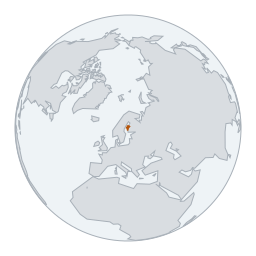 the Earth from above Ostrobothnia, rotated 350°
{"feature_id": "FIN-3182", "entity_name": "Ostrobothnia", "entity_type": "Province", "adm_level": 1, "iso_a3": "FIN", "parent_name": "Finland", "parent_adm1": "", "projection": "orthographic", "projection_center": [22.043, 62.87], "detail": "fine", "context": "on_globe", "style": "filled", "palette": "amber", "viewbox_px": 256, "rotation_deg": 350, "n_neighbors": 0, "source": "natural_earth", "source_scale": "10m", "svg_char_len": 11772}
<svg xmlns="http://www.w3.org/2000/svg" viewBox="0 0 256 256"><g transform="rotate(350 128 128)"><circle cx="128" cy="128" r="113" fill="#eef3f6" stroke="#a8b0b8"/><path d="M17.3,107.4L18.3,103.0L19.0,100.1L19.1,99.3L22.3,89.1L24.7,83.6L41.0,56.5L44.0,53.1L46.2,51.1L62.5,38.8L50.4,46.7L54.7,43.0L60.1,39.1L59.5,39.9L66.5,36.2L71.8,33.2L80.5,31.1L86.8,33.8L83.6,34.7L85.5,35.4L89.6,34.4L91.9,33.6L103.9,36.0L117.7,35.2L121.7,32.8L121.1,35.2L128.5,29.4L135.8,28.3L127.8,30.9L127.1,32.3L132.1,32.1L132.5,33.5L135.1,34.3L135.1,36.1L130.4,37.7L130.4,38.9L133.9,38.7L136.2,40.5L131.0,40.5L134.4,43.7L127.1,47.3L113.2,46.5L109.3,50.5L95.3,55.3L96.7,56.6L92.3,59.5L92.3,62.0L89.7,62.3L91.9,64.2L94.3,63.4L96.1,64.0L96.3,65.5L93.0,66.1L92.4,65.4L91.6,66.4L89.8,66.1L90.8,67.1L86.8,67.7L91.1,69.4L88.1,71.8L85.4,71.6L85.3,68.7L78.9,61.5L76.1,60.7L72.2,62.4L65.6,71.7L62.7,72.2L59.0,75.0L60.7,76.0L64.3,74.2L66.6,76.9L70.6,74.5L72.2,75.4L76.5,74.3L76.2,77.7L73.5,81.7L69.9,82.8L68.7,84.6L72.3,86.3L65.9,91.2L62.2,99.5L60.5,100.5L56.7,97.4L56.0,90.3L51.0,86.8L54.5,92.4L50.2,95.1L49.7,97.0L50.1,98.9L51.8,99.3L50.4,101.0L46.4,95.9L47.7,94.3L48.9,95.8L48.6,92.6L45.8,89.5L43.9,91.2L41.8,85.1L40.4,86.4L39.2,85.8L41.6,84.2L37.2,87.1L34.5,81.4L28.5,86.6L34.1,78.8L35.8,74.7L37.5,70.2L36.4,71.0L40.0,64.5L40.9,60.7L37.8,62.2L33.8,67.0L30.2,73.6L30.7,74.0L29.0,78.6L26.8,79.4L23.3,88.7L21.7,91.2L20.2,95.6L19.2,99.5L18.0,105.0L18.3,106.2L18.2,110.5L17.0,113.4L18.0,113.8L17.3,118.2L17.9,128.9L17.6,128.7L18.0,141.4L20.4,152.9L20.9,157.4L20.4,157.5L21.7,161.4L21.8,162.4L28.6,177.5L33.7,186.8L34.5,189.7L32.3,187.4L32.5,187.7L28.3,180.4L24.7,172.9L21.6,165.1L19.2,157.1L17.3,149.0L16.1,140.7L15.4,132.4L15.4,124.0L16.0,115.7L17.3,107.4ZM26.9,87.6L23.0,100.0L23.6,94.5L23.8,95.2L25.1,91.7L27.1,86.1L28.1,81.6L26.9,87.6ZM28.8,89.7L29.3,87.7L29.0,89.4L28.8,89.7ZM92.8,33.1L89.7,34.3L85.8,34.8L88.4,33.6L92.8,33.1ZM100.2,32.8L98.8,33.7L96.9,32.5L98.3,32.4L100.2,32.8ZM124.5,30.9L121.9,31.2L124.3,30.4L124.5,30.9ZM135.5,34.2L136.1,33.7L137.2,34.3L135.5,34.2ZM76.4,72.5L76.4,73.4L75.6,73.1L76.4,72.5ZM78.2,71.3L77.2,70.4L77.9,69.7L78.5,70.2L78.2,71.3ZM138.3,37.6L139.8,38.9L137.4,37.9L138.3,37.6ZM79.3,72.6L79.3,68.5L80.6,67.3L84.0,68.5L79.3,72.6ZM140.2,39.8L144.1,43.1L145.9,42.2L143.2,46.7L140.8,42.4L137.5,41.2L139.8,41.0L140.2,39.8ZM95.0,62.5L92.4,63.4L94.3,61.3L95.0,62.5ZM95.7,61.1L99.0,54.1L102.9,53.7L101.0,56.0L105.8,54.5L106.0,57.7L103.5,59.2L100.9,58.9L103.0,60.4L95.7,61.1ZM141.1,48.8L141.3,49.9L140.1,49.0L141.1,48.8ZM96.9,64.1L97.3,62.7L100.6,62.2L100.6,64.9L99.5,64.2L96.9,64.1ZM106.9,52.6L109.4,52.7L110.3,55.4L111.4,55.8L106.4,57.7L106.9,52.6ZM98.8,65.1L100.5,66.3L99.1,68.0L96.8,65.4L98.8,65.1ZM101.5,60.9L103.1,60.8L102.2,61.7L101.5,60.9ZM95.1,74.7L95.4,72.9L97.2,72.4L95.1,74.7ZM101.1,66.7L101.6,66.2L102.3,65.8L103.1,67.0L101.1,66.7ZM107.3,59.5L107.2,60.6L109.4,58.8L110.2,60.8L106.7,61.7L108.5,62.2L108.8,62.8L105.7,62.9L107.3,59.5ZM106.1,67.2L101.9,69.2L100.9,72.6L99.3,73.0L101.2,67.6L106.1,67.2ZM106.1,64.6L105.7,66.3L103.9,66.0L103.1,64.6L106.1,64.6ZM111.9,61.8L111.7,58.5L112.5,58.5L111.9,61.8ZM106.1,68.2L107.1,67.7L106.3,68.5L106.1,68.2ZM110.6,63.8L110.4,62.7L111.2,62.6L110.6,63.8ZM109.3,67.7L108.0,68.4L107.3,67.4L109.3,67.7ZM110.2,66.0L111.4,66.2L107.9,66.7L109.9,65.5L110.2,66.0ZM111.4,64.0L111.9,63.5L111.4,64.5L111.4,64.0ZM112.4,70.9L108.2,71.8L106.8,69.8L111.1,69.1L112.4,70.9ZM116.0,240.0L108.5,237.2L111.9,235.7L110.9,233.6L102.2,226.6L104.1,223.1L101.7,220.8L96.8,220.2L93.9,217.3L90.9,216.4L71.8,210.6L65.9,204.6L58.5,189.6L61.8,186.9L62.2,181.1L85.1,169.8L90.2,173.2L108.6,174.6L110.9,175.9L109.0,181.0L123.0,188.6L127.2,184.4L139.6,187.1L147.6,185.7L150.0,175.3L136.8,177.4L134.3,172.5L144.6,166.6L156.2,164.7L155.5,162.8L148.0,159.8L150.4,155.3L145.4,158.4L147.6,160.2L144.5,162.2L142.3,160.8L143.2,159.2L139.7,158.8L136.1,166.7L138.0,169.3L128.9,171.3L131.1,175.9L128.7,178.2L124.0,171.2L124.3,168.6L115.8,160.3L114.7,163.3L122.7,171.3L120.3,170.7L118.8,175.0L118.0,171.2L109.7,161.9L101.3,162.2L91.0,170.7L86.0,169.9L81.7,166.0L85.1,155.5L95.8,158.4L97.1,155.0L94.7,148.6L98.1,150.1L98.4,147.9L102.5,148.7L107.8,144.4L111.9,144.5L113.7,137.8L116.0,137.0L114.3,141.2L115.3,144.2L125.3,144.5L127.1,143.0L127.5,138.7L130.2,139.4L129.3,135.2L134.9,133.2L127.3,132.2L127.6,127.4L130.8,123.5L129.5,121.8L124.2,128.1L123.4,130.8L124.8,133.4L121.3,140.9L117.9,142.0L116.4,133.6L111.4,134.3L112.5,127.7L126.1,114.3L131.9,111.5L142.1,116.9L140.9,120.2L136.6,119.9L140.8,124.6L140.4,122.1L142.6,122.7L143.4,118.5L145.0,118.8L143.0,114.3L145.1,114.2L146.4,117.0L149.3,110.9L153.6,109.6L153.5,108.0L152.2,106.8L158.5,106.1L158.1,105.0L155.9,104.8L153.7,102.6L152.4,98.5L154.6,98.5L155.4,99.9L160.5,103.1L162.3,107.2L163.1,106.8L162.1,103.3L155.9,99.4L154.4,96.9L157.6,98.3L156.3,97.6L156.3,96.4L158.4,95.2L155.0,93.5L151.8,80.7L155.5,77.3L158.7,79.8L158.8,71.4L163.0,68.6L161.0,68.4L159.6,64.4L158.3,65.2L157.2,64.8L153.2,55.5L154.0,53.4L150.0,49.4L148.9,49.3L148.1,50.6L143.2,46.7L145.9,42.2L148.1,42.5L148.3,39.6L153.4,40.9L157.7,40.8L163.2,44.2L166.1,43.9L165.8,42.8L169.6,41.7L178.3,43.7L172.5,47.0L159.7,45.8L165.0,46.6L164.2,47.9L166.3,49.2L170.0,49.7L170.2,48.8L178.1,58.0L187.8,63.4L186.3,58.9L188.1,57.3L197.8,60.3L211.4,74.6L214.1,73.2L216.1,74.4L218.0,78.4L215.1,76.7L214.5,79.0L212.5,77.5L214.6,83.5L211.9,81.7L214.8,87.4L216.8,87.3L216.0,82.5L219.7,88.4L222.4,86.4L225.8,88.9L231.6,101.9L232.9,111.3L233.6,112.8L232.4,114.7L233.4,120.8L237.4,120.7L238.2,122.5L238.6,132.2L238.1,131.1L235.2,136.3L236.4,141.7L238.7,138.8L239.6,140.5L238.6,144.0L237.5,142.9L236.4,144.6L235.4,140.4L232.1,137.7L231.0,143.3L229.9,140.9L225.2,140.7L222.9,148.7L220.2,164.6L221.8,171.3L219.9,177.1L212.7,173.9L209.0,168.6L206.7,171.8L199.1,170.7L186.7,179.3L184.7,178.1L182.4,180.6L177.0,181.1L173.8,178.7L170.7,180.4L179.1,186.6L182.4,184.6L184.9,179.3L186.6,182.0L191.8,181.8L187.0,192.9L168.2,207.8L166.0,203.0L149.7,190.2L149.9,188.0L149.9,187.8L149.6,187.4L148.5,191.1L145.6,188.0L154.7,198.6L156.4,203.2L167.9,208.2L166.9,209.4L170.5,209.7L181.5,203.0L181.7,204.7L176.7,214.3L161.1,227.7L163.0,231.0L161.5,233.8L151.4,237.4L151.9,238.0L146.5,239.1L146.3,239.1L136.2,240.3L126.1,240.6L116.0,240.0ZM77.6,178.7L77.1,180.5L77.6,178.7ZM168.7,167.4L175.4,164.8L171.7,159.4L174.0,158.1L171.9,156.8L171.4,159.1L166.2,155.3L168.8,152.0L167.7,149.3L165.4,150.1L161.4,156.8L168.8,162.1L167.6,165.5L168.7,167.4ZM18.0,129.2L17.9,131.0L17.7,129.3L18.0,129.2ZM22.9,94.8L22.4,97.0L21.9,98.5L22.1,97.0L22.9,94.8ZM21.2,113.1L21.1,115.9L20.9,113.5L21.2,113.1ZM22.5,101.9L21.3,111.0L20.8,106.7L21.8,101.1L21.6,104.3L22.5,101.9ZM27.3,90.1L26.8,91.6L26.4,91.7L27.3,90.1ZM28.5,90.9L28.6,90.4L29.1,89.4L28.5,90.9ZM50.5,95.4L50.8,95.9L50.8,97.9L50.0,97.2L50.5,95.4ZM55.7,105.8L53.3,108.3L54.4,106.0L52.9,105.4L53.3,99.9L59.6,100.8L56.7,101.3L55.7,105.8ZM55.7,92.9L54.7,96.2L55.5,92.6L55.7,92.9ZM96.2,135.7L97.6,137.6L96.2,139.9L91.1,140.2L93.1,136.8L96.2,135.7ZM100.0,139.9L100.0,131.7L103.2,131.4L101.4,132.9L103.5,133.5L101.2,136.2L104.3,144.0L103.2,146.6L94.3,145.4L97.8,144.3L96.2,142.4L100.0,139.9ZM94.3,112.9L94.3,109.8L101.2,113.1L100.4,115.7L95.2,115.9L93.2,113.1L94.3,112.9ZM85.1,75.7L84.7,74.6L85.6,74.4L86.7,75.2L85.1,75.7ZM95.1,73.9L88.0,80.6L87.1,79.6L84.0,85.0L80.5,84.4L82.7,80.9L77.6,84.6L78.2,81.3L75.0,84.2L80.2,76.4L80.5,73.7L81.5,76.9L84.6,77.5L86.1,76.9L90.5,73.2L92.7,67.7L96.2,67.5L98.1,68.8L98.1,70.1L95.8,69.8L97.5,71.7L94.2,72.3L95.1,73.9ZM118.3,86.3L115.6,85.1L118.4,89.8L115.1,90.1L115.6,90.6L113.4,92.2L111.5,95.1L110.0,94.8L109.9,96.1L108.4,97.2L107.8,98.9L104.9,98.9L103.9,101.0L103.1,99.9L102.2,103.5L101.5,100.8L99.5,102.2L101.2,104.0L86.7,100.9L81.2,101.9L76.9,104.3L76.4,99.6L80.0,94.5L85.6,90.0L91.0,89.9L89.8,87.9L92.0,87.2L92.1,89.1L93.3,85.9L95.2,85.9L100.2,82.4L100.9,77.9L102.7,76.6L103.4,78.3L104.8,75.8L107.3,78.2L108.7,77.4L112.5,79.0L113.0,83.0L114.5,81.7L117.5,83.0L118.3,86.3ZM113.4,71.5L114.8,76.0L113.6,78.4L107.4,74.6L105.8,75.1L101.7,72.9L103.5,69.5L104.5,70.4L105.9,70.5L104.8,71.5L106.7,70.8L108.1,72.1L110.0,71.9L109.9,73.4L113.4,71.5ZM113.4,174.1L115.2,174.5L117.9,174.5L117.1,177.2L113.4,174.1ZM107.6,167.8L109.2,167.7L109.3,171.5L107.4,171.1L107.6,167.8ZM110.0,164.5L109.3,167.4L108.5,165.6L110.0,164.5ZM115.8,140.8L117.4,140.5L117.7,141.5L116.8,142.9L115.8,140.8ZM125.8,100.8L124.5,99.5L124.9,98.9L123.9,95.1L126.3,94.7L127.8,96.8L125.8,100.8ZM147.9,177.5L145.6,179.9L144.3,179.2L145.4,178.5L147.9,177.5ZM130.6,179.4L134.6,180.4L130.4,180.1L130.6,179.4ZM128.2,99.7L127.5,98.1L129.1,98.9L128.2,99.7ZM128.0,94.2L129.8,94.6L126.5,94.2L128.0,94.2ZM170.8,232.2L166.2,233.9L165.8,233.9L169.2,231.3L175.2,228.4L178.3,226.0L179.7,226.6L171.3,232.0L170.8,232.2ZM239.1,146.6L238.6,149.0L235.4,151.9L236.6,148.4L239.5,142.2L239.4,143.6L239.9,141.1L239.1,146.6ZM240.5,133.4L240.5,133.0L240.5,130.4L240.6,127.9L239.4,113.0L239.3,110.8L240.0,115.9L240.6,124.6L240.5,133.4ZM222.2,171.4L224.5,172.6L223.3,175.0L222.2,171.4ZM237.7,105.5L239.0,111.7L237.5,105.1L237.7,105.5ZM236.2,100.6L236.7,101.4L236.4,102.0L236.2,100.6ZM234.7,114.4L234.6,117.3L234.1,116.6L233.8,112.4L234.7,114.4ZM228.5,91.2L230.5,93.4L231.3,94.7L230.2,94.6L228.5,91.2ZM147.3,94.6L146.1,100.4L146.8,104.4L149.6,106.5L145.1,106.1L144.0,99.9L147.3,94.6ZM151.0,82.4L148.5,80.7L149.9,79.9L150.7,80.2L151.0,82.4ZM149.3,82.4L145.7,83.4L144.5,81.5L147.6,81.1L149.3,82.4ZM137.0,91.4L136.4,93.1L135.1,92.4L137.0,91.4ZM237.2,100.4L237.3,101.1L238.1,104.5L236.0,96.4L236.2,96.7L237.2,100.4ZM236.4,98.4L237.2,101.6L236.1,97.5L236.4,98.4ZM237.1,101.6L236.6,100.7L236.3,98.8L237.1,101.6ZM236.1,97.2L235.1,94.5L235.4,94.8L236.1,97.2ZM235.3,98.7L235.5,96.4L236.1,101.2L233.6,97.4L233.1,94.9L235.3,98.7ZM216.5,70.1L215.2,69.6L214.1,67.3L215.3,68.2L216.5,70.1ZM209.2,59.7L213.3,66.5L216.4,72.3L216.6,71.3L219.5,74.1L217.9,74.8L213.9,69.5L212.0,65.4L209.4,63.6L206.6,60.0L203.7,59.0L201.7,57.2L203.7,56.9L209.2,59.7ZM202.5,58.8L196.4,56.3L195.3,52.8L196.4,52.5L199.7,55.1L200.0,56.8L202.5,58.8ZM194.6,54.7L194.9,56.4L186.5,57.2L184.5,56.5L190.3,53.8L190.9,55.3L193.1,55.8L194.6,54.7ZM142.4,49.6L141.4,49.8L141.9,49.0L142.4,49.6ZM156.5,65.4L155.1,64.7L155.7,63.7L156.5,65.4ZM151.6,62.3L151.9,64.0L150.6,62.2L151.6,62.3ZM152.7,67.7L151.5,64.6L154.0,67.6L152.7,67.7Z" fill="#d9dde1" stroke="#a8b0b8" stroke-width="1"/><path d="M127.3,129.8L127.3,129.7L127.3,129.4L127.4,129.2L127.3,129.3L127.4,129.1L127.3,128.9L127.2,129.0L127.2,128.9L127.2,128.7L127.1,128.4L127.2,128.2L127.3,128.1L127.4,127.9L127.5,127.8L127.5,127.7L127.5,127.4L127.8,127.3L127.7,127.3L127.8,127.3L127.8,127.2L127.9,127.3L127.9,127.5L127.9,127.4L128.0,127.4L128.2,127.2L128.3,127.2L128.2,127.0L128.2,126.9L128.3,126.9L128.2,126.8L128.2,126.7L128.3,126.7L128.3,126.8L128.4,126.7L128.5,126.5L128.5,126.4L128.6,126.5L128.7,126.4L128.8,126.3L128.8,126.2L128.7,126.2L128.8,126.2L129.0,126.3L129.1,126.2L129.2,126.3L129.2,126.2L129.3,126.2L129.3,126.3L129.5,126.4L129.4,126.4L129.3,126.5L129.3,126.4L129.2,126.4L129.3,126.5L129.2,126.5L129.3,126.6L129.4,126.9L129.5,127.0L129.4,126.9L129.2,126.8L129.0,127.0L128.9,127.0L128.7,127.0L128.5,127.3L128.6,127.5L128.4,127.6L128.5,127.6L128.4,127.6L128.3,127.8L128.3,128.0L128.2,128.2L127.9,128.1L127.7,128.1L127.7,128.3L127.8,128.3L127.7,128.5L127.6,128.8L127.5,129.0L127.7,129.3L127.6,129.5L127.4,129.7L127.4,129.8L127.3,129.8ZM127.5,127.3L127.4,127.3L127.5,127.4L127.4,127.4L127.2,127.4L127.1,127.2L127.3,127.2L127.2,127.3L127.3,127.3L127.2,127.3L127.3,127.3L127.4,127.2L127.5,127.3ZM128.1,127.3L128.0,127.2L128.1,127.3ZM128.7,126.2L128.7,126.3L128.6,126.2L128.7,126.2ZM127.3,127.8L127.2,127.8L127.2,127.7L127.2,127.8L127.3,127.8L127.3,127.8ZM127.9,127.1L128.0,127.0L127.9,127.1ZM128.0,127.1L127.9,127.2L128.0,127.1L128.0,127.1Z" fill="#f59e0b" stroke="#b45309" stroke-width="1.5"/></g></svg>